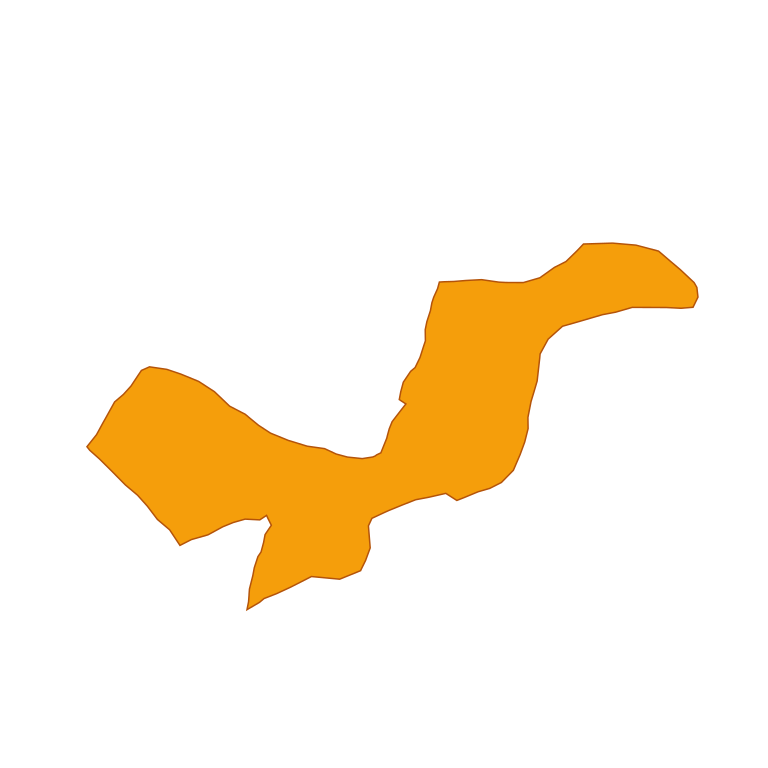 outline of Esan Central, Edo, Nigeria, rotated 214°
{"feature_id": "59680162B14396821090751", "entity_name": "Esan Central", "entity_type": "district", "adm_level": 2, "iso_a3": "NGA", "parent_name": "Nigeria", "parent_adm1": "Edo", "projection": "natural_earth1", "projection_center": [6.254, 6.706], "detail": "fine", "context": "isolated", "style": "filled", "palette": "amber", "viewbox_px": 768, "rotation_deg": 214, "n_neighbors": 0, "source": "geoboundaries", "source_scale": "gbopen_adm2", "svg_char_len": 2163}
<svg xmlns="http://www.w3.org/2000/svg" viewBox="0 0 768 768"><g transform="rotate(214 384 384)"><path d="M371.4,120.3L365.1,133.4L363.5,139.0L355.7,150.3L351.9,156.6L347.8,163.4L336.5,183.8L311.6,197.4L299.0,216.2L299.2,217.1L300.6,227.4L303.8,240.4L317.6,257.7L318.9,265.9L311.9,277.6L309.1,282.1L306.0,286.7L300.8,294.5L293.0,305.8L283.5,315.2L271.6,327.9L258.5,328.2L254.1,334.6L245.7,347.3L237.9,356.7L231.6,368.0L230.1,376.2L228.5,384.8L231.7,401.6L234.9,414.6L239.6,427.6L246.0,436.8L252.3,451.7L255.3,461.4L258.7,472.1L269.3,492.4L271.4,496.2L273.0,513.0L268.3,531.7L255.7,546.7L249.4,554.3L241.6,563.7L232.1,573.1L221.1,586.3L206.9,595.8L192.7,605.3L180.1,612.9L170.7,620.4L172.3,631.6L178.6,639.0L182.4,640.9L183.7,641.5L202.3,644.5L215.1,645.9L230.7,647.7L252.8,640.0L273.3,628.6L296.9,611.6L298.5,602.2L301.6,587.3L307.9,576.0L314.2,559.2L325.2,546.0L339.4,536.5L345.7,532.7L361.4,525.1L374.0,515.6L383.5,508.0L391.3,502.4L395.1,499.5L392.9,493.0L391.3,483.7L389.7,478.1L386.5,470.7L383.3,459.6L380.2,452.1L373.8,442.9L372.3,437.5L370.6,431.7L369.0,426.2L367.4,415.0L369.0,409.4L369.0,409.1L369.0,398.3L369.0,396.3L365.8,387.0L362.6,379.6L354.7,379.7L355.2,372.9L356.2,357.3L354.6,349.8L352.4,343.3L351.4,340.6L348.1,325.2L350.5,321.1L351.0,319.5L352.5,317.2L360.3,310.0L373.4,303.0L384.5,299.2L397.1,297.2L412.9,289.5L417.8,288.0L430.0,284.3L431.8,283.7L432.9,283.5L444.9,281.0L447.7,280.4L450.7,279.8L464.9,279.6L478.6,280.9L478.9,281.0L482.3,281.3L486.4,280.8L499.6,279.3L520.2,282.8L527.0,282.7L539.1,282.5L558.0,278.6L572.2,274.7L574.3,273.7L588.0,267.1L592.7,259.6L592.7,254.0L592.6,240.9L592.8,239.4L594.2,229.7L597.3,218.5L595.6,199.0L595.3,195.0L594.4,185.6L594.0,181.2L595.2,165.9L590.8,164.5L578.2,162.8L560.2,159.4L559.3,159.2L541.9,155.7L526.1,154.0L511.9,150.4L496.1,145.0L480.6,143.3L480.3,143.3L462.9,136.1L459.8,141.7L456.7,147.3L445.6,160.5L437.8,175.5L431.5,184.9L423.6,194.3L417.8,197.8L411.0,201.9L407.9,209.4L405.1,207.7L398.4,203.9L398.4,192.7L395.2,185.3L392.0,176.0L392.0,170.4L388.8,159.2L385.6,151.8L380.9,138.8L378.5,134.6L377.7,133.3L374.5,127.7L371.4,120.3Z" fill="#f59e0b" stroke="#b45309" stroke-width="1.5"/></g></svg>